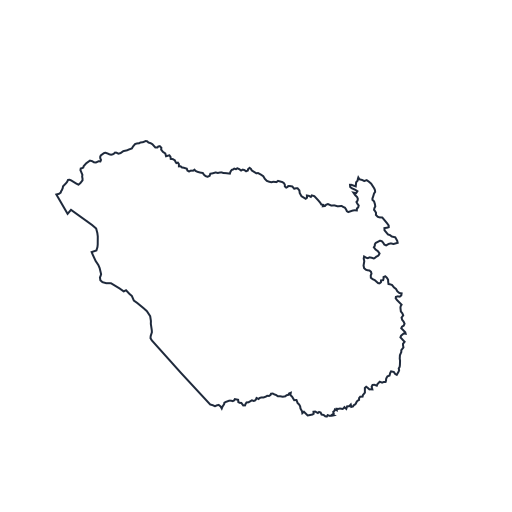 Terenos, Mato Grosso do Sul, Brazil, rotated 138°
{"feature_id": "56859067B74665088865993", "entity_name": "Terenos", "entity_type": "district", "adm_level": 2, "iso_a3": "BRA", "parent_name": "Brazil", "parent_adm1": "Mato Grosso do Sul", "projection": "equal_earth", "projection_center": [-55.092, -20.464], "detail": "fine", "context": "isolated", "style": "outline", "palette": "slate", "viewbox_px": 512, "rotation_deg": 138, "n_neighbors": 0, "source": "geoboundaries", "source_scale": "gbopen_adm2", "svg_char_len": 6082}
<svg xmlns="http://www.w3.org/2000/svg" viewBox="0 0 512 512"><g transform="rotate(138 256 256)"><path d="M185.5,117.8L183.3,120.9L182.1,121.9L180.4,122.4L180.7,128.9L180.5,131.1L179.4,132.0L177.7,131.2L176.4,129.6L174.4,129.5L172.8,130.8L174.2,132.5L174.6,135.2L174.0,137.8L174.5,140.4L174.3,143.4L175.2,145.1L176.3,146.5L175.1,148.3L173.7,150.0L173.3,152.3L173.5,154.4L175.3,155.0L176.4,153.8L177.7,153.0L179.4,154.2L180.7,152.9L182.5,153.0L183.4,154.1L183.9,158.6L184.8,160.7L185.2,163.0L183.7,164.8L182.0,165.6L181.1,167.4L181.4,169.3L182.6,170.7L183.5,172.2L183.8,174.6L182.5,176.9L179.0,179.7L177.7,182.0L176.0,183.3L175.2,180.8L174.4,179.6L172.5,179.0L171.2,177.3L170.1,175.3L168.6,175.0L167.0,175.0L165.4,174.5L164.0,174.6L162.5,175.2L162.2,178.0L162.8,180.8L162.6,183.6L160.9,184.1L159.8,185.2L158.3,185.6L153.6,184.4L152.6,182.8L152.6,180.9L153.0,178.6L152.2,176.8L149.3,176.2L147.3,175.1L145.8,172.9L141.9,171.0L140.9,172.8L140.0,176.7L142.1,179.7L142.4,181.7L143.5,183.7L143.3,189.1L141.9,190.8L139.3,189.1L138.1,188.6L137.0,189.9L136.7,192.6L136.4,200.1L138.4,202.1L139.3,203.7L139.4,206.3L137.9,207.8L137.5,209.7L137.4,211.3L135.9,212.4L134.2,213.0L132.9,215.0L131.7,217.6L131.9,219.8L130.9,220.9L129.5,221.6L126.4,223.5L124.6,223.9L123.6,225.2L122.9,227.1L122.0,232.7L122.4,235.8L123.0,238.3L125.4,239.3L126.2,241.4L127.8,243.8L127.4,245.9L128.6,245.2L130.1,244.0L132.2,243.8L135.3,241.0L137.5,245.1L138.5,246.0L139.8,244.3L139.5,242.3L138.0,238.9L137.3,236.3L139.6,235.7L141.2,237.9L141.6,234.8L141.4,232.1L142.1,230.3L143.5,229.2L145.2,228.9L145.7,227.0L145.9,224.8L147.6,223.7L149.2,223.8L150.6,222.4L152.1,224.0L153.8,225.1L158.0,226.9L158.5,228.5L157.9,230.3L157.6,232.4L158.4,234.2L158.9,235.9L162.0,238.2L163.9,241.2L166.3,243.1L167.8,246.5L169.7,247.2L171.3,247.0L173.0,248.2L171.8,249.0L173.0,250.5L172.6,252.7L172.5,255.9L172.6,261.4L174.0,263.7L175.7,263.2L176.4,265.2L177.7,266.9L179.1,265.2L180.8,265.3L182.2,270.0L181.4,273.5L179.9,275.7L179.8,278.5L181.0,279.6L182.6,280.4L182.5,283.4L184.1,285.4L185.2,286.4L186.4,286.2L187.8,286.6L188.0,288.4L186.9,289.7L186.5,291.3L186.9,293.2L189.4,297.1L191.3,297.2L193.5,299.6L195.2,300.5L196.6,302.5L197.7,304.6L197.8,307.5L197.2,310.4L197.9,313.2L199.0,316.3L200.4,317.2L201.9,322.4L201.5,324.1L201.8,325.8L203.8,325.8L204.9,325.0L206.7,325.6L207.1,327.6L208.1,329.1L209.9,329.5L210.3,331.7L211.2,333.7L212.8,333.9L213.7,335.5L215.1,335.6L216.3,336.2L217.7,336.0L219.0,335.5L220.3,334.7L223.0,337.8L224.8,339.6L225.6,341.1L227.1,342.3L228.8,343.2L230.1,345.1L233.0,346.5L234.9,347.7L236.8,346.6L239.0,347.3L240.0,349.1L240.3,351.3L240.0,353.3L241.7,355.4L243.2,357.8L244.0,359.7L244.0,361.3L245.5,361.4L247.4,363.1L249.2,363.6L249.8,365.4L249.0,367.2L250.8,370.2L251.8,371.3L252.0,373.1L253.3,374.2L251.8,375.9L251.6,377.7L253.0,378.3L252.8,379.9L252.3,381.4L253.0,383.7L254.4,385.2L253.2,386.9L253.0,388.8L256.1,390.3L254.8,392.9L255.5,395.7L255.3,398.5L253.9,399.8L254.0,402.0L255.4,402.8L256.6,402.6L258.2,404.0L258.2,408.4L258.8,410.3L260.0,412.3L260.1,414.0L261.0,415.2L263.8,416.2L266.0,417.7L267.5,418.0L269.0,419.2L270.9,420.1L274.0,419.7L276.3,419.0L279.2,420.2L281.1,420.8L284.4,422.7L287.8,423.1L289.8,424.1L290.6,426.2L291.6,427.2L292.9,427.1L294.4,427.4L295.9,428.2L296.9,429.6L297.7,431.5L298.9,433.6L300.2,434.2L304.1,434.6L305.5,433.9L306.4,432.7L306.9,431.1L308.4,430.4L309.5,431.7L312.4,432.6L313.7,434.0L314.3,436.1L315.6,438.0L320.1,438.5L323.9,438.1L325.2,437.3L326.5,437.7L327.7,438.3L329.0,437.3L330.7,432.5L332.1,431.3L333.2,429.5L334.3,428.3L337.8,427.7L340.2,427.8L341.1,430.1L342.8,435.9L343.6,437.5L344.8,438.3L346.7,437.5L348.4,437.2L352.8,436.9L354.2,435.8L356.1,434.9L357.6,434.5L358.7,433.8L360.7,434.0L363.2,435.3L367.8,413.4L362.6,414.1L357.1,388.8L356.4,383.4L358.5,379.3L360.5,376.4L366.0,370.4L367.9,368.7L370.9,366.9L375.5,368.9L376.4,366.4L378.5,359.6L379.2,354.8L380.3,351.6L383.3,346.1L385.0,345.1L386.3,344.5L387.9,342.1L387.6,339.3L385.5,336.0L382.0,332.8L379.1,323.2L378.0,318.2L375.5,317.5L375.4,312.5L375.0,309.4L376.6,304.6L375.7,300.6L374.5,292.7L374.0,288.0L374.9,282.1L377.6,278.0L379.6,275.9L383.1,270.6L384.4,269.0L387.8,267.0L389.4,265.5L389.9,263.0L390.0,219.7L389.4,176.3L388.0,174.1L387.0,171.8L385.0,171.2L383.4,170.3L383.0,167.8L383.5,165.6L381.7,166.5L378.9,167.2L377.7,168.1L376.2,167.8L372.7,166.4L371.3,165.1L370.4,163.7L368.8,163.3L367.5,163.8L365.5,161.1L366.9,159.2L366.3,157.7L365.2,156.6L365.5,153.5L364.1,152.3L362.6,153.1L361.0,153.5L359.5,152.3L355.6,151.5L354.8,149.9L353.6,149.3L352.1,149.4L350.6,150.1L349.8,148.0L348.4,148.1L346.7,147.3L345.0,145.8L342.8,144.9L341.2,144.6L340.0,143.3L338.2,143.0L337.0,143.6L335.6,142.6L335.0,140.9L334.1,139.3L333.6,137.1L331.9,135.6L330.3,133.5L328.1,132.1L326.5,132.1L325.0,131.2L323.3,131.7L321.7,131.1L323.5,129.7L323.3,127.3L324.1,123.3L322.3,121.9L323.5,118.8L323.3,116.8L323.8,114.7L325.0,112.9L325.7,109.8L326.7,108.2L324.6,108.2L324.3,102.9L320.1,100.4L318.7,100.2L317.5,101.8L316.1,100.8L315.1,97.9L313.5,97.9L312.7,96.4L313.4,94.3L312.1,92.6L311.8,90.5L310.8,89.3L309.2,89.8L308.3,88.0L306.6,86.6L304.7,85.5L305.3,87.1L303.7,86.9L302.9,88.5L301.2,88.5L300.0,89.2L299.2,87.3L298.3,88.5L297.2,87.3L295.7,86.5L294.0,84.4L292.8,84.2L291.4,84.5L291.2,82.0L288.9,83.3L287.3,82.0L285.0,82.2L286.2,80.1L284.6,79.3L283.2,79.7L281.9,79.4L280.5,79.5L279.4,80.1L277.5,80.5L275.7,80.1L274.5,81.4L272.7,81.7L270.9,80.2L269.6,81.1L266.5,81.6L263.4,85.1L261.6,85.1L261.2,83.2L261.0,81.0L259.9,80.1L258.8,79.0L257.5,81.5L255.7,82.2L254.2,81.1L253.0,78.8L251.6,79.5L248.2,79.8L247.0,77.5L245.4,76.9L244.0,75.7L242.6,76.5L241.7,77.5L240.5,78.1L238.8,78.6L236.8,77.8L234.5,79.3L232.8,79.9L231.2,77.6L231.5,75.2L230.9,73.5L227.3,74.7L226.0,75.4L225.2,76.9L223.4,77.5L222.0,78.7L219.0,81.8L217.9,83.5L215.4,86.0L212.3,87.4L211.0,88.8L207.6,89.4L206.6,91.1L205.5,92.4L203.0,92.8L203.1,98.9L201.5,99.7L198.1,99.6L196.8,98.1L196.1,99.5L196.4,105.1L194.8,105.8L192.8,105.4L190.9,106.3L190.2,108.5L190.1,110.7L189.1,112.8L186.3,113.4L185.6,115.5L185.5,117.8Z" fill="none" stroke="#1e293b" stroke-width="2"/></g></svg>